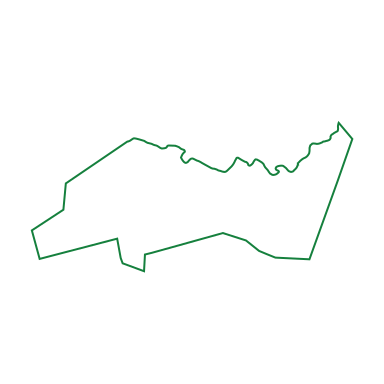 Petoa, Santa Bárbara, Honduras (Mercator projection), rotated 22°
{"feature_id": "27666195B13660887224612", "entity_name": "Petoa", "entity_type": "district", "adm_level": 2, "iso_a3": "HND", "parent_name": "Honduras", "parent_adm1": "Santa Bárbara", "projection": "mercator", "projection_center": [-88.208, 15.281], "detail": "fine", "context": "isolated", "style": "outline", "palette": "green", "viewbox_px": 384, "rotation_deg": 22, "n_neighbors": 0, "source": "geoboundaries", "source_scale": "gbopen_adm2", "svg_char_len": 5847}
<svg xmlns="http://www.w3.org/2000/svg" viewBox="0 0 384 384"><g transform="rotate(22 192 192)"><path d="M302.1,72.9L302.1,73.6L302.2,73.9L302.4,75.2L302.6,76.1L302.7,76.4L303.2,77.5L303.6,78.2L303.8,78.8L303.9,79.1L304.1,79.9L304.2,80.6L304.2,80.8L304.1,81.0L304.0,81.3L303.8,81.5L303.5,81.8L303.3,82.0L302.7,82.8L302.0,83.6L301.7,84.0L300.8,85.5L300.3,86.1L300.1,86.5L299.9,86.8L299.8,87.2L299.7,87.8L299.7,88.2L299.7,88.7L299.7,88.9L299.8,89.1L299.9,89.3L300.1,89.5L300.3,90.2L300.3,90.4L300.2,91.0L300.2,91.4L300.1,91.7L299.9,92.1L299.7,92.4L299.5,92.6L298.9,93.2L298.3,93.7L298.1,93.9L297.8,94.1L297.5,94.2L296.5,95.1L295.9,95.5L295.5,95.7L295.3,95.8L295.1,95.9L294.8,96.1L294.7,96.2L294.6,96.3L294.4,96.7L294.2,97.1L292.3,99.0L291.8,99.4L291.4,99.7L291.1,99.9L290.6,100.2L289.8,100.6L289.5,100.7L288.0,101.0L286.8,101.4L286.5,101.5L286.2,101.6L285.9,101.8L285.7,102.0L285.4,102.1L285.3,102.3L284.8,103.4L284.3,104.3L284.2,104.5L284.3,105.4L284.4,106.5L284.5,106.9L284.5,107.2L284.7,107.6L285.2,108.9L285.6,109.9L285.8,110.8L286.0,111.7L286.1,112.1L286.1,112.6L286.0,113.1L285.9,113.7L285.7,114.6L285.5,115.2L285.3,115.8L284.9,116.5L284.6,117.0L284.4,117.4L284.1,117.7L283.5,118.3L282.8,119.1L282.2,119.9L281.9,120.4L281.6,120.8L281.3,121.5L280.8,122.3L280.2,123.8L279.7,125.0L279.5,125.7L279.4,125.8L279.5,126.0L279.7,126.5L279.8,126.7L280.1,127.0L279.9,127.2L279.9,127.4L279.9,127.6L279.9,128.1L280.0,128.4L279.9,129.5L279.9,130.0L279.7,130.7L279.6,131.1L279.4,131.6L279.1,132.4L278.5,133.6L278.4,133.9L278.3,134.4L278.1,134.7L278.0,135.0L277.6,135.4L277.1,135.8L276.8,136.0L276.6,136.1L276.3,136.3L276.0,136.3L275.5,136.4L275.1,136.4L274.5,136.4L274.1,136.4L273.6,136.3L273.4,136.2L272.9,136.0L270.2,134.6L269.9,134.5L268.1,134.0L267.0,133.7L266.6,133.7L266.3,133.7L265.9,133.8L265.5,133.9L265.1,134.1L264.5,134.3L264.2,134.5L263.6,134.8L262.8,135.3L262.1,135.8L261.6,136.3L261.1,136.9L261.0,137.0L260.9,137.2L260.8,137.4L260.8,137.7L260.7,138.1L260.7,138.3L260.7,138.5L260.8,138.7L260.8,138.9L260.9,139.0L261.0,139.2L261.3,139.5L261.5,139.7L261.7,139.8L261.9,139.8L262.4,139.9L263.0,140.0L264.0,140.0L264.3,140.1L264.5,140.2L264.7,140.3L264.8,140.4L264.9,140.5L265.0,140.9L264.9,141.3L264.8,141.6L264.6,142.0L264.3,142.6L263.7,143.6L263.4,144.0L263.2,144.2L262.5,144.8L261.9,145.2L261.6,145.4L261.2,145.6L260.9,145.8L260.5,145.9L260.2,145.9L259.8,146.0L259.5,145.9L259.2,145.9L258.7,145.8L258.4,145.7L257.7,145.7L257.4,145.6L256.9,145.3L256.3,144.9L255.6,144.5L254.8,143.9L254.1,143.4L252.7,142.7L252.1,142.4L251.4,142.1L250.9,141.8L250.6,141.7L249.9,141.1L249.2,140.6L248.9,140.3L248.4,139.8L248.1,139.5L247.8,139.3L247.5,139.1L247.1,139.0L246.7,138.8L246.2,138.6L245.5,138.4L243.9,138.1L243.0,138.0L242.3,137.8L240.9,137.7L240.2,137.6L239.7,137.7L239.2,137.8L238.8,137.9L238.7,138.0L238.4,138.4L238.3,138.7L238.2,139.1L237.9,140.2L237.8,140.9L237.7,141.8L237.7,142.3L237.6,142.6L237.4,143.2L237.1,143.9L236.9,144.4L236.6,144.8L236.3,145.3L236.1,145.6L235.9,145.8L235.7,145.9L235.5,146.0L235.2,146.1L234.8,146.0L234.5,146.0L234.1,145.9L233.9,145.6L233.6,145.2L233.4,145.0L233.2,144.8L232.9,144.6L232.6,144.4L232.2,144.2L231.8,144.1L231.5,144.0L231.2,143.9L230.9,143.9L230.5,144.0L230.0,144.1L229.8,144.1L229.5,144.1L226.0,143.7L222.1,143.0L221.8,143.0L221.5,143.1L221.1,143.3L220.9,143.4L220.7,143.7L220.6,143.8L220.6,144.0L220.2,147.0L220.2,148.0L220.1,148.9L220.0,149.9L219.8,151.0L219.6,151.8L219.4,152.4L219.3,152.8L219.0,153.7L218.4,155.0L218.1,155.7L216.5,159.3L216.3,159.6L216.1,159.9L215.9,160.2L215.7,160.5L215.2,160.9L214.9,161.1L214.5,161.2L214.2,161.4L213.8,161.4L212.6,161.7L210.4,161.8L209.9,161.9L209.2,162.0L208.6,162.1L208.3,162.1L208.0,162.1L207.2,162.0L206.7,161.9L206.1,161.9L205.2,162.0L204.6,162.0L203.8,162.1L203.3,162.3L202.7,162.5L202.4,162.5L201.8,162.6L201.2,162.6L200.7,162.6L199.1,162.4L196.6,162.1L194.0,161.8L190.1,161.3L189.1,161.1L187.2,160.9L186.7,160.9L186.2,160.9L185.8,160.9L185.1,161.0L184.6,161.0L181.0,160.7L180.4,160.7L180.2,160.7L179.7,160.9L179.3,161.1L179.1,161.2L178.9,161.3L178.7,161.5L178.4,161.8L178.3,162.0L178.1,162.3L178.0,162.6L177.9,162.9L177.7,163.3L177.5,163.7L177.2,164.5L177.0,165.4L176.9,165.6L176.5,166.2L176.2,166.6L176.0,166.8L175.8,167.0L175.6,167.1L175.4,167.3L175.1,167.4L174.9,167.4L174.7,167.4L174.2,167.4L173.8,167.3L173.2,167.1L172.8,166.9L172.0,166.5L171.5,166.2L171.2,166.0L170.1,165.2L169.5,164.7L169.0,164.3L168.9,164.2L168.9,162.7L169.0,161.1L169.1,160.4L169.4,159.4L169.6,158.8L169.8,158.4L170.0,158.1L170.1,157.9L170.2,157.7L170.2,157.3L170.2,157.1L170.0,156.8L169.7,156.6L169.5,156.4L169.3,156.2L169.0,156.1L168.8,156.0L168.7,156.0L166.1,156.1L165.9,156.1L164.8,155.8L164.3,155.7L163.7,155.5L163.3,155.4L163.0,155.3L162.7,155.3L162.1,155.3L161.0,155.3L160.4,155.3L159.7,155.4L159.1,155.4L158.8,155.5L158.0,155.8L154.4,157.1L152.9,157.7L152.7,157.8L152.3,158.1L152.2,158.3L152.0,158.5L151.9,158.8L151.9,159.0L151.8,159.6L151.7,160.0L151.5,160.3L151.4,160.6L151.3,160.8L151.1,161.0L150.9,161.1L150.4,161.5L149.5,162.1L149.0,162.3L148.3,162.7L147.9,162.9L147.6,163.0L147.2,163.0L146.9,163.0L146.4,163.0L146.0,163.0L145.2,162.8L144.1,162.6L143.6,162.5L142.7,162.3L142.0,162.3L141.3,162.3L140.1,162.5L139.1,162.6L138.3,162.6L137.0,162.5L136.3,162.5L134.2,162.8L132.7,163.0L132.3,163.1L131.6,163.0L130.6,162.9L129.9,162.8L129.1,162.6L128.9,162.5L128.7,162.5L123.4,163.0L120.4,163.4L119.0,163.7L118.7,163.8L118.3,163.9L118.1,164.0L117.9,164.1L117.7,164.3L117.2,164.8L116.4,166.0L115.5,167.4L115.3,167.6L115.1,167.9L114.4,168.6L114.1,168.9L113.9,169.0L113.7,169.2L113.4,169.3L113.2,169.4L71.8,231.3L79.4,256.6L57.9,287.6L75.8,311.1L140.1,263.3L150.6,279.9L154.4,284.1L177.2,283.4L171.8,267.6L177.6,263.4L236.0,218.5L260.2,216.7L276.2,221.5L284.4,221.6L293.9,221.6L326.1,210.4L322.9,126.9L320.8,82.8L302.1,72.9Z" fill="none" stroke="#15803d" stroke-width="2"/></g></svg>